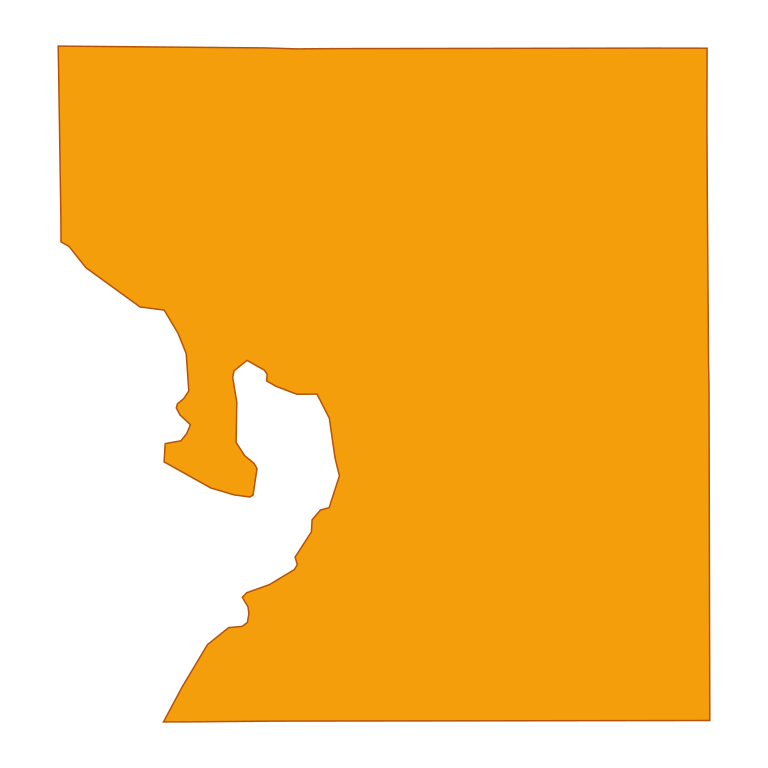 the district of Hillsborough, Florida, United States of America
{"feature_id": "52423323B74651487208839", "entity_name": "Hillsborough", "entity_type": "district", "adm_level": 2, "iso_a3": "USA", "parent_name": "United States of America", "parent_adm1": "Florida", "projection": "robinson", "projection_center": [-82.445, 27.909], "detail": "fine", "context": "isolated", "style": "filled", "palette": "amber", "viewbox_px": 768, "rotation_deg": 0, "n_neighbors": 0, "source": "geoboundaries", "source_scale": "gbopen_adm2", "svg_char_len": 1087}
<svg xmlns="http://www.w3.org/2000/svg" viewBox="0 0 768 768"><path d="M61.0,241.9L69.0,246.4L85.9,267.7L140.1,307.0L164.2,310.1L178.0,333.2L186.2,353.6L188.8,390.9L183.9,398.4L177.4,403.9L176.3,407.9L180.1,415.1L190.4,424.7L186.8,433.4L180.9,440.8L165.2,443.6L164.1,461.9L210.8,488.0L234.1,494.9L250.0,497.0L253.1,495.0L257.0,468.5L254.0,463.3L244.7,455.7L236.1,442.5L236.8,402.3L232.7,377.3L234.1,370.8L247.0,360.4L264.4,370.2L267.1,374.2L266.7,381.0L275.9,386.3L291.2,392.1L296.9,394.2L317.0,394.1L329.3,418.1L335.0,457.8L339.4,475.9L339.3,476.2L329.1,507.7L320.4,510.0L312.1,519.8L311.4,531.9L295.1,557.1L297.3,564.7L294.4,569.5L269.4,584.6L246.7,592.7L242.3,597.3L248.0,606.8L248.9,613.6L247.4,622.4L242.2,626.4L231.3,627.4L228.6,627.6L207.4,644.7L196.3,663.3L182.4,686.5L163.5,721.9L195.7,721.8L195.9,721.8L273.5,721.1L709.8,720.5L709.0,386.0L708.5,361.2L708.3,328.2L707.4,207.0L706.9,122.9L707.1,48.2L653.0,48.1L485.2,48.4L338.7,48.6L320.7,48.7L296.8,48.9L265.1,47.9L251.1,47.8L58.2,46.1L58.8,82.4L60.9,218.4L61.0,241.9Z" fill="#f59e0b" stroke="#b45309" stroke-width="1.5"/></svg>